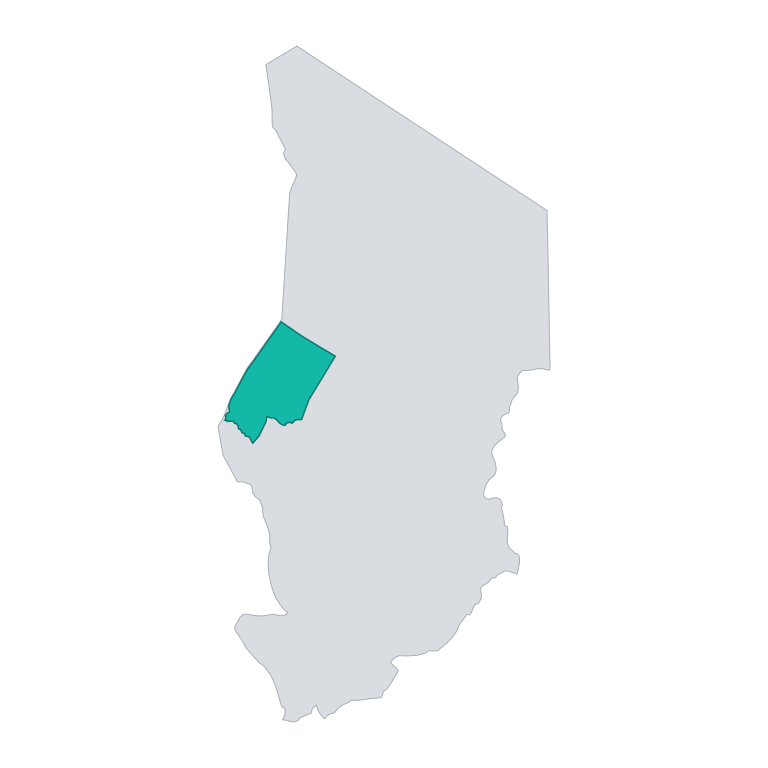 Nord Kanem, Kanem, Chad (highlighted)
{"feature_id": "50815135B74780249962770", "entity_name": "Nord Kanem", "entity_type": "district", "adm_level": 2, "iso_a3": "TCD", "parent_name": "Chad", "parent_adm1": "Kanem", "projection": "equal_earth", "projection_center": [14.386, 15.416], "detail": "fine", "context": "in_parent", "style": "filled", "palette": "teal", "viewbox_px": 768, "rotation_deg": 0, "n_neighbors": 0, "source": "geoboundaries", "source_scale": "gbopen_adm2", "svg_char_len": 6148}
<svg xmlns="http://www.w3.org/2000/svg" viewBox="0 0 768 768"><path d="M547.0,210.4L547.4,229.1L547.8,247.8L548.2,266.6L548.5,285.3L548.9,304.2L549.2,323.0L549.6,341.8L549.9,360.7L550.0,367.0L549.6,369.5L549.5,369.8L548.9,370.2L541.4,368.5L538.1,368.4L533.5,369.8L526.7,370.5L522.4,370.3L519.4,373.5L517.1,377.5L518.4,386.9L518.1,390.0L517.3,393.2L515.3,396.0L513.2,398.2L512.0,400.1L510.6,404.4L509.5,406.4L509.6,409.0L509.3,411.8L508.1,413.3L504.9,414.4L502.9,415.6L501.3,417.7L500.2,419.2L500.8,421.1L501.7,423.8L502.2,428.0L502.5,430.5L504.1,432.5L505.1,433.9L505.4,435.7L504.5,437.1L500.7,440.2L499.2,441.3L497.4,442.9L496.8,443.5L494.0,446.4L492.6,448.9L491.9,451.1L492.0,454.0L493.5,458.5L495.1,462.2L495.7,465.1L496.1,468.2L496.0,471.1L495.2,473.7L493.8,476.0L488.6,480.3L486.0,485.1L484.0,490.9L483.5,494.1L484.1,496.2L485.2,498.0L486.8,498.9L489.1,499.2L492.9,498.2L496.5,497.5L500.3,499.6L502.3,504.5L501.6,508.1L503.1,514.5L504.4,522.3L504.3,524.9L504.9,525.9L507.3,526.4L507.8,528.3L507.2,542.0L508.3,545.8L509.9,548.5L511.7,550.0L513.6,551.8L514.5,553.1L516.6,553.4L519.0,555.9L519.6,559.2L519.5,562.4L518.2,569.4L517.2,574.0L515.8,573.7L513.0,572.6L509.6,571.6L505.5,570.8L501.6,572.7L497.3,575.1L496.0,577.0L494.8,578.1L492.9,577.9L491.2,578.2L490.3,579.9L488.8,581.9L482.6,585.9L481.4,587.4L480.6,588.8L480.6,590.4L481.3,593.7L481.3,597.7L479.9,601.0L478.4,603.2L476.6,604.1L475.0,604.5L474.1,605.9L470.9,613.4L469.5,614.8L466.7,614.5L458.7,625.8L457.9,629.1L455.0,633.7L451.2,639.0L447.9,641.5L447.7,642.4L446.8,643.4L444.7,644.6L437.6,650.9L429.0,650.7L425.2,653.1L421.5,654.3L416.1,655.5L414.5,655.4L407.6,655.9L399.4,655.7L396.3,656.6L393.4,659.0L391.3,661.1L390.9,661.8L391.3,662.7L391.2,663.4L396.9,668.6L398.3,671.1L396.9,673.6L396.2,674.0L395.2,676.1L391.9,681.9L386.9,688.9L384.3,690.8L383.3,692.1L381.9,696.7L381.1,697.4L377.6,698.0L370.7,698.5L361.1,700.0L355.4,700.5L351.9,700.1L346.9,703.2L345.1,704.0L344.0,704.3L339.0,707.4L334.9,712.2L333.4,713.1L327.6,715.1L325.3,718.4L324.3,718.7L320.5,714.3L318.0,710.4L316.8,706.4L316.6,705.1L315.9,705.4L313.9,707.1L312.1,709.1L311.3,713.0L305.3,715.5L300.2,717.8L297.9,720.5L294.3,721.9L289.7,721.4L286.1,720.2L282.6,719.8L284.3,716.4L284.9,713.8L285.1,710.6L284.8,708.5L282.7,707.4L281.4,705.7L278.4,695.7L275.3,685.5L270.9,675.4L266.2,668.9L262.8,665.0L261.7,664.5L259.9,663.3L258.7,662.1L252.4,655.3L245.9,647.6L244.3,644.1L241.0,638.9L237.4,633.5L235.5,631.1L234.6,626.7L237.1,622.7L239.8,617.7L243.1,614.3L247.4,614.1L254.4,615.5L262.0,616.0L269.5,614.9L271.4,614.2L273.3,614.2L277.4,615.4L284.4,615.2L288.0,613.1L284.1,609.7L279.9,604.2L276.0,598.1L273.6,592.7L271.4,585.7L269.3,577.0L268.1,565.7L268.3,559.4L268.9,554.8L271.0,547.5L269.6,543.1L269.9,539.6L269.7,534.4L269.0,531.8L266.3,523.2L265.7,522.3L263.3,516.3L262.3,506.4L259.5,499.8L255.2,496.7L252.7,492.8L251.8,486.0L250.0,484.2L243.2,481.9L237.4,481.8L233.3,474.1L227.9,464.3L223.0,455.1L219.8,436.8L218.0,426.4L220.1,423.2L224.1,415.7L229.4,401.5L241.1,379.5L247.1,368.3L259.0,351.5L273.6,330.9L281.8,319.3L283.1,298.2L284.5,275.9L285.5,259.0L286.8,239.1L287.8,222.5L288.6,210.4L289.7,193.3L290.6,190.0L296.3,176.6L296.7,174.8L295.7,172.6L287.5,161.2L285.0,158.7L283.5,152.8L285.6,149.4L275.8,130.4L273.4,128.1L272.3,125.7L272.2,122.3L272.0,109.2L269.4,88.6L265.9,64.6L277.3,57.8L285.9,52.7L296.9,46.1L307.1,52.8L321.9,62.6L336.8,72.4L351.7,82.2L366.6,92.0L381.5,101.8L396.4,111.6L411.4,121.5L426.4,131.3L441.4,141.2L456.4,151.0L471.5,160.9L486.5,170.8L501.6,180.7L516.7,190.6L531.9,200.5L547.0,210.4Z" fill="#d9dde1" stroke="#a8b0b8" stroke-width="1"/><path d="M331.0,353.6L330.9,353.5L330.7,353.4L320.3,347.3L301.5,335.9L296.3,332.3L290.8,328.5L285.2,324.6L283.0,323.1L281.2,321.9L281.2,322.0L278.4,325.9L277.9,326.7L277.3,327.4L277.3,327.6L276.2,329.0L275.6,329.8L275.4,330.1L275.1,330.5L274.6,331.3L274.3,331.7L273.8,332.4L273.7,332.5L273.2,333.2L272.8,333.8L271.3,335.9L270.0,337.7L267.2,341.6L266.9,342.0L265.6,343.9L264.5,345.6L264.4,345.7L264.2,346.0L261.7,349.5L261.2,350.2L261.1,350.5L260.6,351.0L259.9,352.2L259.0,353.4L258.7,353.9L257.3,355.8L256.2,357.3L255.8,357.7L255.6,358.0L255.5,358.3L255.1,358.8L255.0,359.0L254.7,359.5L254.2,360.1L253.9,360.5L253.0,361.7L252.7,362.2L252.6,362.3L252.4,362.5L252.0,363.2L251.7,363.5L251.4,364.0L249.8,366.1L249.5,366.5L249.3,366.7L248.6,367.7L247.8,368.8L247.7,368.9L247.6,369.0L246.7,370.6L245.8,372.2L245.7,372.4L245.5,372.7L245.4,373.0L245.2,373.5L244.9,373.8L244.4,374.8L244.3,375.0L244.2,375.0L243.1,377.1L242.9,377.3L242.8,377.5L242.7,377.9L242.5,378.2L242.3,378.7L241.9,379.3L241.3,380.4L240.5,382.0L240.1,382.8L239.4,384.1L239.2,384.4L239.1,384.7L238.8,385.1L238.7,385.5L238.5,385.8L238.4,386.1L237.1,388.5L236.9,388.7L236.6,389.3L236.6,389.5L236.3,389.9L236.0,390.4L235.9,390.8L235.7,391.1L235.6,391.4L235.4,391.8L234.9,392.8L234.5,393.4L234.5,393.5L234.0,394.1L233.7,394.7L233.5,395.0L233.3,395.1L233.3,395.3L233.1,395.6L232.9,396.0L232.6,396.4L232.4,396.6L231.4,398.1L231.2,398.5L231.1,398.9L230.8,399.5L230.7,399.8L230.7,400.1L230.6,400.3L230.4,400.9L230.1,401.9L230.0,402.2L229.9,402.4L229.0,405.0L229.0,405.3L228.9,405.6L228.8,405.8L228.8,406.0L228.8,406.3L228.8,406.6L228.9,407.3L228.8,407.7L228.9,408.0L228.9,408.5L229.1,409.4L229.4,410.9L229.4,411.0L229.5,411.6L229.5,411.8L229.4,411.9L229.1,412.2L229.0,412.3L228.9,412.5L228.5,412.7L228.2,413.0L227.6,412.9L227.4,412.9L226.2,414.4L226.0,414.6L225.8,414.9L225.6,415.1L225.2,415.5L225.3,415.8L225.6,416.4L225.7,416.5L225.7,416.8L225.7,417.5L225.7,417.8L225.7,418.2L225.8,418.6L225.8,419.1L225.5,419.4L225.1,419.8L224.9,420.0L224.7,420.2L226.9,420.8L227.3,421.4L228.5,421.4L231.0,421.2L233.3,421.2L234.5,423.4L235.4,423.4L236.3,423.3L238.1,426.1L238.5,429.0L240.4,429.4L242.1,432.9L243.0,432.9L244.0,433.0L245.2,435.9L246.9,436.3L249.3,437.0L251.4,441.1L252.0,442.0L252.7,443.2L255.1,440.5L258.9,436.2L261.9,430.2L263.8,426.1L265.9,422.2L266.9,416.6L271.3,418.1L273.4,417.6L276.9,419.9L279.1,422.7L282.1,424.7L285.0,425.4L286.7,423.1L289.9,422.2L292.0,423.3L295.1,420.2L296.7,419.7L301.6,419.5L308.8,399.9L335.3,356.2L331.0,353.6Z" fill="#14b8a6" stroke="#0f766e" stroke-width="1.5"/></svg>